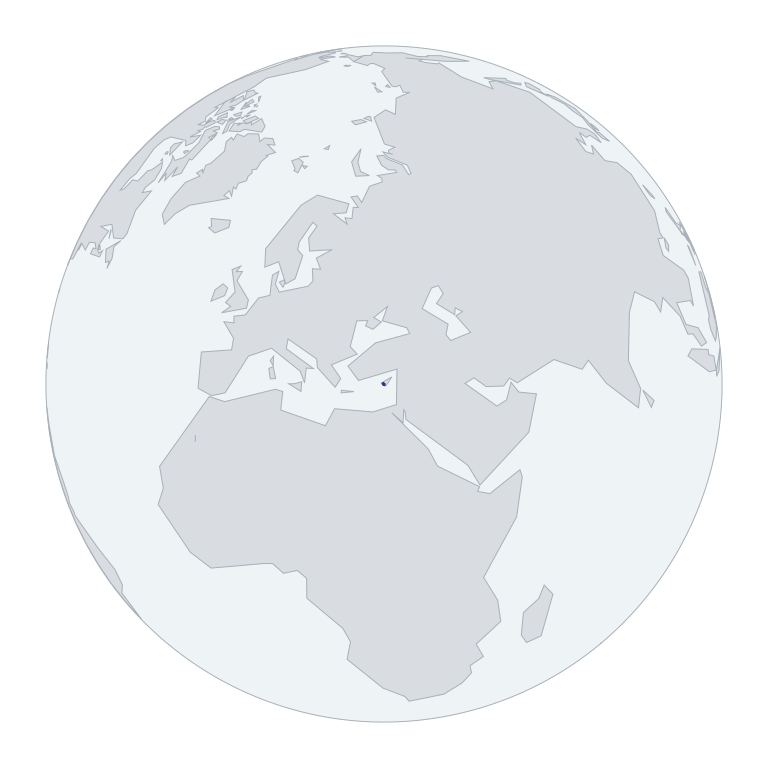 Paphos on an orthographic globe, rotated 343°
{"feature_id": "CYP-3465", "entity_name": "Paphos", "entity_type": "District", "adm_level": 1, "iso_a3": "CYP", "parent_name": "Cyprus", "parent_adm1": "", "projection": "orthographic", "projection_center": [32.601, 34.919], "detail": "fine", "context": "on_globe", "style": "filled", "palette": "blue", "viewbox_px": 768, "rotation_deg": 343, "n_neighbors": 0, "source": "natural_earth", "source_scale": "10m", "svg_char_len": 11008}
<svg xmlns="http://www.w3.org/2000/svg" viewBox="0 0 768 768"><g transform="rotate(343 384 384)"><circle cx="384" cy="384" r="338" fill="#eef3f6" stroke="#a8b0b8"/><path d="M323.7,51.5L342.9,49.3L383.2,47.8L397.0,47.2L393.1,48.2L420.2,48.1L442.8,51.2L416.5,48.1L413.2,48.2L428.2,50.0L428.1,50.7L435.3,52.2L433.8,53.2L418.6,52.3L417.3,53.2L428.0,54.5L433.2,57.0L417.7,54.7L425.3,59.2L401.2,60.4L361.0,57.1L346.8,61.8L303.1,70.0L306.2,71.4L291.6,76.6L289.8,80.4L282.2,81.7L287.4,83.8L294.7,82.0L299.3,82.5L299.0,84.8L289.2,86.5L288.0,85.6L284.9,87.4L280.2,87.4L282.3,88.8L270.5,91.1L281.5,92.5L271.5,97.5L263.9,98.2L265.7,93.2L252.5,85.5L245.3,86.2L233.4,91.3L208.8,110.1L200.5,113.5L188.4,121.6L192.5,121.5L203.4,115.3L208.0,117.9L220.7,110.9L224.5,111.3L237.2,106.9L234.1,113.0L224.2,121.8L213.5,126.1L208.8,130.3L218.1,131.3L197.3,145.2L182.0,165.2L176.7,168.8L168.1,165.3L170.5,151.7L159.4,150.6L165.3,157.3L152.1,167.4L149.4,172.0L149.4,175.4L153.9,174.2L149.1,179.3L141.4,173.7L145.6,168.9L148.1,170.4L149.1,164.5L143.8,162.3L137.5,168.5L136.2,161.3L131.7,165.9L128.9,167.4L136.1,160.3L123.0,173.4L120.5,172.5L115.8,178.4L131.7,159.2L148.9,141.2L167.5,124.6L187.2,109.3L207.9,95.6L229.6,83.4L252.2,72.8L275.5,64.0L299.3,56.9L323.7,51.5ZM54.8,307.8L53.0,317.6L52.4,319.6L47.9,356.0L48.9,384.1L49.1,400.6L48.4,405.5L50.0,414.7L50.1,419.6L62.0,455.7L72.5,483.0L75.1,499.7L72.2,507.1L83.4,538.3L83.3,538.2L73.3,516.8L64.7,494.7L57.8,472.0L52.4,449.0L48.6,425.6L46.6,402.0L46.1,378.3L47.4,354.6L50.3,331.1L54.8,307.8ZM101.9,198.0L101.5,198.6L100.8,199.7L101.9,198.0ZM331.2,50.2L330.6,50.3L330.4,50.4L331.2,50.2ZM407.0,47.2L399.0,46.8L406.8,47.1L407.0,47.2ZM436.5,52.3L438.8,52.4L441.6,53.3L436.5,52.3ZM238.0,103.9L237.5,105.3L235.4,105.4L238.0,103.9ZM243.9,100.8L241.8,99.9L244.3,98.3L245.5,98.9L243.9,100.8ZM441.8,55.8L445.5,57.6L439.1,55.5L441.8,55.8ZM246.0,102.5L248.9,95.7L253.4,93.1L262.0,93.5L246.0,102.5ZM445.9,58.5L455.1,63.7L461.0,64.0L449.4,66.9L445.5,61.0L436.6,58.2L443.7,59.2L445.9,58.5ZM297.1,80.4L289.4,82.4L296.2,78.7L297.1,80.4ZM300.4,78.0L314.7,67.5L326.0,66.3L318.9,69.8L333.8,67.1L332.3,71.6L323.8,74.1L316.8,73.8L321.5,75.9L300.4,78.0ZM441.5,68.1L441.4,69.5L438.5,67.9L441.5,68.1ZM301.7,82.4L303.6,80.1L313.6,78.8L311.6,83.2L309.0,82.2L301.7,82.4ZM338.5,64.5L345.5,64.7L346.2,68.2L349.0,68.9L333.2,71.6L338.5,64.5ZM306.6,83.7L310.3,85.6L305.3,88.5L300.6,84.6L306.6,83.7ZM317.0,76.8L321.6,76.5L318.4,78.0L317.0,76.8ZM289.6,100.8L291.6,97.5L296.9,96.5L289.6,100.8ZM312.1,86.1L313.8,85.1L316.1,84.5L317.5,86.4L312.1,86.1ZM334.8,74.2L333.6,75.9L341.3,73.2L342.1,76.2L331.4,77.7L336.4,78.4L336.7,79.3L327.6,79.6L334.8,74.2ZM325.9,86.6L312.6,90.3L307.7,96.3L302.8,97.3L311.6,87.5L325.9,86.6ZM327.7,82.4L325.5,85.1L320.5,84.6L319.0,82.5L327.7,82.4ZM346.5,77.9L348.0,72.9L350.3,72.8L346.5,77.9ZM325.5,88.3L328.7,87.5L325.7,88.8L325.5,88.3ZM341.2,81.1L341.4,79.2L344.0,79.1L341.2,81.1ZM335.0,87.5L330.7,88.6L329.4,87.0L335.0,87.5ZM338.6,84.6L342.1,85.0L331.6,85.8L338.3,83.7L338.6,84.6ZM343.6,81.3L345.2,80.7L343.1,82.2L343.6,81.3ZM341.9,93.3L329.0,94.7L326.4,91.0L339.3,90.1L341.9,93.3ZM149.6,488.3L132.8,433.2L142.5,419.1L145.3,397.1L213.2,344.9L226.5,354.3L278.6,357.3L285.0,361.6L277.6,378.7L315.8,406.8L329.5,393.2L365.3,407.5L389.9,407.3L400.8,373.5L360.6,373.2L354.8,356.3L388.0,342.2L423.4,343.3L422.2,336.9L400.9,323.1L410.0,310.9L393.6,317.4L399.5,323.9L389.4,328.5L383.4,323.0L386.9,318.6L376.5,315.6L362.6,338.4L367.1,347.6L339.3,350.3L344.2,366.2L336.3,372.8L325.1,348.7L327.0,340.3L305.4,312.9L300.9,321.7L321.0,348.6L314.3,346.0L308.4,359.6L307.6,347.2L286.9,316.9L262.4,317.7L229.5,346.0L215.7,344.8L204.9,333.7L218.7,300.0L248.2,306.8L253.5,296.3L249.1,277.6L258.4,281.7L260.3,275.3L271.6,277.4L289.1,265.1L300.8,265.8L309.2,247.2L316.4,245.5L309.3,256.7L310.7,265.5L340.0,268.3L346.1,264.8L349.2,252.8L356.9,255.7L356.1,243.8L373.7,240.4L351.7,235.1L354.7,222.3L366.2,213.4L363.2,208.6L344.6,223.3L340.7,230.3L343.8,237.5L329.8,257.3L319.4,259.6L319.0,236.3L304.2,237.4L310.4,220.0L356.9,188.8L375.6,183.9L403.1,201.4L397.8,209.2L385.4,206.4L395.5,220.3L395.3,213.6L401.7,216.5L406.2,206.1L411.0,207.7L407.2,195.5L413.5,196.3L415.8,204.0L427.9,190.7L441.4,190.2L441.9,186.5L438.6,182.7L458.0,185.4L457.4,182.6L450.9,180.6L445.6,174.0L443.8,163.8L450.6,165.3L452.2,169.1L465.7,180.0L468.8,190.9L471.4,190.6L470.3,181.6L453.8,168.1L450.8,161.7L459.5,166.9L456.1,164.5L456.7,161.8L463.7,160.7L454.6,154.6L452.4,126.2L465.7,122.3L473.7,129.5L479.3,114.1L493.9,112.7L487.8,110.6L486.5,103.0L481.9,103.2L478.8,101.7L473.2,84.6L477.1,82.4L467.8,74.5L464.6,73.6L461.2,74.6L449.4,66.9L461.0,64.0L467.5,65.9L470.4,63.6L484.8,68.7L498.1,72.5L512.1,80.7L521.4,83.8L521.4,82.6L534.1,86.6L559.9,100.2L538.8,94.0L500.0,78.6L515.8,84.8L512.1,85.2L517.8,88.8L528.9,93.6L530.3,92.9L547.8,113.0L574.5,133.6L572.8,125.6L579.9,126.8L608.8,147.7L642.8,194.0L652.7,199.6L658.8,206.9L662.2,216.7L653.5,206.2L649.7,207.4L644.3,200.5L646.9,214.1L639.2,204.9L645.0,220.8L651.7,225.4L652.3,216.2L660.6,235.0L671.5,240.4L681.7,255.7L693.4,297.5L692.0,319.8L693.7,325.9L688.5,325.2L688.6,342.7L703.9,362.8L705.9,371.9L702.8,399.9L701.4,393.7L687.7,391.8L690.2,415.3L700.8,422.0L704.6,438.7L698.7,440.6L694.2,426.4L689.2,425.2L687.0,405.7L675.9,382.8L669.6,395.9L666.7,384.4L650.6,369.1L639.6,387.3L624.5,433.2L628.1,463.3L620.4,481.2L596.8,448.2L586.4,421.0L577.8,427.9L553.7,410.3L511.7,421.8L505.8,415.0L497.9,420.9L480.9,416.3L471.9,404.4L461.6,407.1L485.5,438.1L496.6,435.1L506.0,419.4L510.5,431.1L526.9,438.0L508.4,472.4L446.2,508.7L440.5,486.4L394.6,424.3L396.1,416.6L395.9,415.8L395.4,414.3L390.9,426.7L383.1,413.9L407.3,459.1L411.2,478.2L445.4,510.2L442.1,514.1L453.2,519.8L488.9,505.7L489.1,513.2L472.0,549.8L422.7,598.1L429.5,624.0L426.3,645.1L396.1,659.7L399.4,673.6L383.9,678.5L383.3,685.7L371.2,692.7L350.7,698.1L315.3,694.7L312.6,688.9L294.1,674.5L268.2,636.5L276.6,620.7L273.2,605.7L247.6,566.3L253.2,547.2L246.5,536.9L232.6,535.7L224.9,523.1L216.5,520.5L164.8,509.5L149.6,488.3ZM188.7,377.7L186.6,384.1L188.7,377.7ZM460.5,361.9L481.9,360.0L472.7,339.8L480.2,337.7L474.3,332.0L471.9,338.4L457.7,322.4L467.1,314.8L464.7,305.8L457.4,306.1L442.5,323.0L462.8,345.5L457.7,355.0L460.5,361.9ZM52.9,318.1L52.0,323.6L52.4,320.3L52.9,318.1ZM68.2,265.1L66.3,271.1L67.2,267.3L68.2,265.1ZM75.5,246.1L69.6,260.8L70.8,257.2L75.5,246.1ZM99.3,201.9L99.8,201.2L101.9,198.0L99.3,201.9ZM152.5,167.7L153.0,168.3L151.9,172.5L150.2,172.0L152.5,167.7ZM160.6,184.5L152.7,192.5L157.1,186.1L153.2,186.3L157.6,173.8L174.3,170.0L166.0,173.6L160.6,184.5ZM168.1,157.2L163.4,164.8L167.9,156.7L168.1,157.2ZM259.4,241.2L262.6,246.4L257.5,252.9L242.7,254.2L250.0,244.5L259.4,241.2ZM268.5,252.4L272.2,230.2L281.6,229.3L275.7,233.4L281.5,235.0L273.6,242.2L278.9,263.9L274.7,271.3L249.6,268.4L260.1,264.9L256.3,259.7L268.5,252.4ZM265.3,182.8L267.1,175.2L285.1,182.6L281.4,188.9L266.4,190.1L261.9,183.3L265.3,182.8ZM260.6,105.4L260.1,103.5L262.8,102.8L265.4,103.9L260.6,105.4ZM290.1,99.4L265.6,113.6L263.8,111.9L251.6,123.3L242.1,123.6L250.3,116.0L233.9,125.3L237.5,118.6L226.9,125.6L246.1,108.8L248.7,103.8L249.4,109.1L258.1,108.8L262.6,107.2L277.4,99.2L287.2,89.3L297.3,88.2L301.9,90.0L301.1,92.2L294.8,92.1L298.2,95.2L288.4,96.8L290.1,99.4ZM349.6,123.7L342.6,120.8L347.9,130.9L338.2,131.0L339.4,132.2L331.8,135.3L324.8,141.4L320.5,140.5L319.6,143.4L314.6,145.8L311.9,149.5L303.4,149.5L299.4,154.2L297.6,151.6L293.1,159.9L292.6,153.9L286.0,157.0L290.0,161.2L250.2,156.2L233.9,160.2L220.6,167.2L221.5,156.9L234.7,144.4L253.2,133.1L268.8,131.3L266.4,127.5L273.1,125.7L272.2,129.4L277.7,122.7L283.0,122.3L299.5,114.7L304.1,106.1L310.3,103.5L311.1,106.7L316.7,102.0L322.5,106.5L327.0,104.9L337.2,108.2L336.2,116.1L341.4,113.8L349.4,116.8L349.6,123.7ZM344.6,94.4L345.6,102.8L340.8,107.3L325.0,99.7L320.1,100.6L309.8,96.8L317.0,90.6L319.3,92.1L323.2,92.3L319.4,94.1L325.4,92.8L328.7,95.1L334.2,94.8L333.0,97.5L344.6,94.4ZM292.9,355.9L298.0,357.5L306.0,357.8L302.4,366.8L292.9,355.9ZM278.4,335.4L283.1,335.0L281.9,347.1L276.7,345.8L278.4,335.4ZM286.6,325.0L283.4,334.1L282.0,328.4L286.6,325.0ZM313.7,256.0L318.8,255.2L319.0,258.1L315.7,262.0L313.7,256.0ZM363.4,156.8L360.2,153.6L361.9,152.3L361.1,143.6L368.3,143.3L371.6,148.4L363.4,156.8ZM393.5,379.5L385.8,386.0L382.3,382.9L385.7,381.2L393.5,379.5ZM341.5,377.5L353.0,382.5L340.4,379.9L341.5,377.5ZM371.1,154.9L369.9,151.3L374.3,153.4L371.1,154.9ZM373.5,142.7L378.7,144.3L369.1,142.3L373.5,142.7ZM514.8,695.6L516.3,694.9L516.7,694.8L514.8,695.6ZM484.1,634.4L460.7,670.7L444.7,672.9L441.9,664.2L450.6,643.2L469.2,634.5L478.4,623.1L484.1,634.4ZM715.9,447.3L708.4,468.9L704.4,474.0L706.2,467.3L712.6,454.6L715.9,447.3ZM705.8,467.8L698.7,467.4L682.9,445.9L688.7,440.4L704.0,445.7L703.2,450.9L707.6,453.6L705.8,467.8ZM719.9,411.5L719.0,425.1L715.6,436.1L713.6,439.6L712.4,427.6L713.1,417.6L715.0,413.4L717.9,368.9L719.8,369.4L719.9,386.2L721.2,391.8L719.9,411.5ZM629.7,465.4L637.5,478.7L632.8,484.6L629.7,465.4ZM715.8,342.9L716.8,361.8L714.8,339.6L715.8,342.9ZM712.6,324.3L714.2,329.8L712.4,327.0L712.6,324.3ZM696.8,334.2L695.0,340.3L693.4,336.2L694.7,326.1L696.8,334.2ZM689.5,269.0L695.4,281.1L697.2,286.1L693.5,281.0L689.5,269.0ZM430.8,152.3L423.9,164.3L423.7,173.9L431.0,180.4L417.7,177.0L418.0,162.1L430.8,152.3ZM449.0,129.0L442.5,124.2L447.2,123.5L449.3,124.5L449.0,129.0ZM443.8,128.1L432.4,127.8L429.9,123.3L439.4,124.4L443.8,128.1ZM401.7,140.1L399.2,143.5L395.7,141.6L401.7,140.1ZM720.1,418.6L720.8,410.5L721.5,392.6L721.7,383.5L721.8,374.1L721.8,377.1L721.6,391.0L721.7,396.4L721.8,392.0L720.1,418.6ZM719.9,347.7L718.7,342.9L719.2,351.6L716.6,327.7L718.5,336.2L719.9,347.7ZM716.4,330.0L717.1,338.0L715.3,325.1L716.4,330.0ZM716.3,335.8L714.6,329.3L715.0,326.6L716.3,335.8ZM716.4,327.9L713.5,315.2L715.1,320.4L716.4,327.9ZM710.2,315.3L713.8,319.0L711.9,324.1L704.3,302.1L704.5,297.3L710.2,315.3ZM663.7,204.9L659.4,200.1L657.5,195.1L661.0,199.7L663.7,204.9ZM647.3,176.6L655.6,192.3L661.5,206.1L663.1,206.0L670.7,217.9L664.5,212.7L655.1,195.9L651.9,187.4L644.7,178.5L638.1,168.6L629.1,160.2L624.1,154.1L631.2,159.4L647.3,176.6ZM625.3,157.0L607.2,141.3L606.8,136.8L610.6,139.2L619.1,148.1L618.9,149.8L625.3,157.0ZM602.7,136.4L602.3,138.2L574.8,124.0L568.9,120.2L589.6,127.3L590.3,129.6L597.1,134.2L602.7,136.4ZM445.0,69.8L441.7,69.6L443.8,68.8L445.0,69.8ZM476.4,102.1L472.6,99.9L475.1,98.7L476.4,102.1ZM463.5,93.6L463.3,96.4L460.7,92.8L463.5,93.6ZM463.3,103.1L461.8,97.2L467.3,103.8L463.3,103.1Z" fill="#d9dde1" stroke="#a8b0b8" stroke-width="1"/><path d="M384.2,385.5L383.9,385.3L383.7,385.3L383.4,385.2L383.1,385.0L383.1,384.8L383.0,384.7L382.9,384.4L382.7,384.3L382.7,384.2L382.6,383.8L382.6,383.6L382.5,383.3L382.4,383.2L382.5,382.9L382.6,383.0L382.8,383.2L382.9,383.3L383.1,383.3L383.3,383.2L383.5,382.9L383.6,382.7L383.8,382.5L384.0,382.7L384.0,382.8L384.1,383.1L384.1,383.3L384.3,383.6L384.4,383.8L384.3,384.0L384.5,384.1L384.8,384.1L384.9,384.3L384.7,384.6L384.5,384.8L384.5,385.0L384.4,385.1L384.2,385.3L384.2,385.5Z" fill="#3b82f6" stroke="#1e3a8a" stroke-width="1.5"/></g></svg>